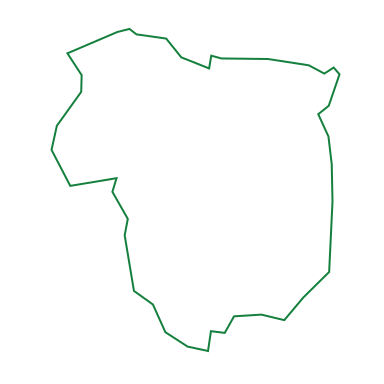 the district of Grundy, Tennessee, United States of America, rotated 95°
{"feature_id": "52423323B63648176328273", "entity_name": "Grundy", "entity_type": "district", "adm_level": 2, "iso_a3": "USA", "parent_name": "United States of America", "parent_adm1": "Tennessee", "projection": "natural_earth1", "projection_center": [-85.737, 35.373], "detail": "fine", "context": "isolated", "style": "outline", "palette": "green", "viewbox_px": 384, "rotation_deg": 95, "n_neighbors": 0, "source": "geoboundaries", "source_scale": "gbopen_adm2", "svg_char_len": 628}
<svg xmlns="http://www.w3.org/2000/svg" viewBox="0 0 384 384"><g transform="rotate(95 192 192)"><path d="M35.0,268.5L39.1,280.3L64.7,328.2L85.2,312.1L101.9,311.1L137.8,332.4L162.3,335.6L196.5,313.8L184.8,268.4L198.8,271.3L224.4,253.6L241.0,255.3L295.6,241.2L307.5,221.1L334.0,206.3L346.4,182.9L349.0,162.2L329.0,161.0L329.5,147.1L312.2,139.3L308.1,112.2L311.6,88.9L287.4,71.9L259.7,48.4L189.3,51.2L152.3,55.2L124.8,60.9L103.5,73.0L94.2,63.3L61.9,55.3L55.7,61.7L62.5,70.5L55.6,86.7L52.9,128.0L56.4,174.3L54.5,184.7L67.4,185.7L58.8,214.4L41.4,231.1L39.8,261.1L35.0,268.5Z" fill="none" stroke="#15803d" stroke-width="2"/></g></svg>